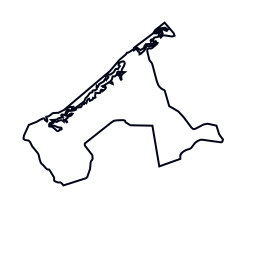 an SVG outline of Lagunes, rotated 145°
{"feature_id": "CIV-3458", "entity_name": "Lagunes", "entity_type": "Department", "adm_level": 1, "iso_a3": "CIV", "parent_name": "Ivory Coast", "parent_adm1": "", "projection": "robinson", "projection_center": [-4.434, 5.74], "detail": "fine", "context": "isolated", "style": "outline", "palette": "ink", "viewbox_px": 256, "rotation_deg": 145, "n_neighbors": 0, "source": "natural_earth", "source_scale": "10m", "svg_char_len": 5854}
<svg xmlns="http://www.w3.org/2000/svg" viewBox="0 0 256 256"><g transform="rotate(145 128 128)"><path d="M207.5,187.4L199.1,185.4L194.9,185.1L192.1,184.5L191.4,184.2L191.1,183.7L191.2,182.7L191.4,182.0L191.3,181.3L190.4,180.4L191.1,179.1L190.1,180.0L189.4,181.3L188.9,182.8L188.7,184.0L188.0,184.0L186.9,183.3L185.2,183.1L181.5,183.3L180.3,182.9L176.3,180.4L170.0,179.5L167.2,178.6L165.8,176.3L167.5,176.9L169.4,176.7L171.1,175.7L172.0,174.2L173.3,176.0L174.0,176.7L174.7,177.0L175.3,176.8L175.6,176.2L175.5,175.4L175.0,174.9L175.0,174.2L176.3,174.5L179.4,175.9L180.0,175.9L180.9,175.6L182.9,176.5L186.2,178.5L186.0,177.8L185.8,176.8L185.6,176.3L187.0,176.3L189.4,176.7L190.4,176.3L191.6,174.6L191.0,173.8L189.9,173.0L189.2,171.8L188.2,168.4L188.0,166.9L187.7,166.1L186.9,165.5L185.9,165.4L185.0,165.8L184.4,165.4L183.5,165.1L182.8,165.3L182.5,166.2L182.7,166.7L184.6,168.3L186.9,171.8L188.3,173.4L189.8,174.2L189.0,175.5L187.6,175.4L186.1,175.0L185.0,175.6L184.3,175.6L183.2,174.1L182.3,173.7L181.4,173.7L180.0,173.5L179.1,173.2L178.0,172.5L177.2,171.5L176.9,170.1L176.5,170.6L176.0,171.0L175.7,171.5L175.3,170.6L175.1,169.8L175.0,169.0L175.0,167.9L174.4,167.9L174.3,169.3L173.9,170.6L173.1,171.2L172.0,170.8L171.3,171.4L170.3,171.5L169.3,171.3L168.3,170.8L166.2,171.1L165.2,171.5L166.0,172.4L167.4,172.7L168.9,172.6L170.1,172.1L171.3,173.5L170.2,174.6L168.6,175.6L167.0,176.0L165.5,175.2L164.4,174.5L162.4,173.5L160.5,172.9L159.7,173.2L158.9,174.1L157.3,173.6L154.7,172.1L153.5,172.5L152.6,173.2L151.6,173.5L150.4,172.8L149.8,173.4L149.3,173.4L148.6,173.0L148.0,172.1L145.5,174.0L144.3,174.5L143.0,174.2L143.2,173.7L143.4,172.5L143.6,172.1L141.3,171.6L140.3,171.8L139.3,172.8L138.6,172.1L137.8,171.7L137.1,171.7L136.5,173.3L135.1,174.6L134.4,175.6L133.8,174.9L132.7,173.9L131.5,173.1L130.7,172.8L129.8,173.4L128.8,174.4L127.9,174.7L127.0,173.5L127.3,173.3L127.5,173.2L127.7,172.8L124.3,173.0L123.0,173.7L122.7,175.6L123.5,175.1L124.3,175.3L124.9,175.9L125.2,177.0L123.5,176.6L117.1,176.3L116.8,175.3L116.3,174.4L115.3,172.8L114.8,173.8L114.8,174.6L115.1,175.2L115.9,175.6L115.9,176.3L114.3,176.6L113.0,177.3L111.0,179.1L109.3,177.9L107.4,178.0L105.7,178.9L104.8,179.8L104.2,179.8L103.6,179.5L102.8,179.0L102.1,178.3L101.8,177.7L102.8,177.2L103.7,177.3L104.7,177.6L106.0,177.7L105.8,176.7L105.5,176.1L105.0,175.8L104.2,175.6L104.2,174.9L105.1,174.4L105.7,173.7L106.0,172.7L106.0,171.5L105.4,171.5L104.3,173.8L102.8,175.1L100.9,175.5L98.6,175.6L101.1,177.7L99.3,179.5L95.9,181.1L93.7,182.6L93.2,184.1L93.3,185.0L94.1,185.6L95.6,186.1L97.2,186.2L98.8,185.9L99.7,185.1L99.2,184.0L99.2,183.3L101.5,182.6L102.6,181.9L103.0,182.4L103.5,183.0L104.2,183.3L105.3,183.0L107.1,182.1L108.5,181.9L111.3,181.9L112.2,182.1L112.7,182.5L113.1,183.0L113.4,183.3L114.8,183.5L115.7,183.3L117.8,182.6L116.8,182.7L115.8,182.6L114.9,182.1L114.7,181.2L115.2,180.7L118.3,179.8L118.3,181.2L119.0,181.2L121.0,180.1L126.3,180.5L128.9,179.1L129.3,180.6L130.0,180.0L130.7,178.6L131.3,177.7L133.0,177.8L134.4,178.5L135.6,178.9L136.8,177.7L138.5,178.5L140.3,178.2L142.1,177.4L145.8,176.7L148.1,175.2L149.5,174.9L160.6,174.5L163.4,175.6L162.5,176.1L161.6,176.3L160.7,176.3L159.7,176.3L166.4,179.8L138.3,182.4L110.2,185.0L95.4,188.8L87.3,189.5L85.7,190.3L84.8,189.7L83.7,189.5L78.9,189.4L77.7,189.5L77.7,188.9L78.0,188.9L78.6,188.9L78.9,188.9L78.9,188.2L76.3,188.3L75.7,187.1L75.8,185.2L75.2,183.3L76.3,181.7L75.2,181.4L70.3,182.1L68.7,182.7L67.2,183.6L66.0,184.7L64.5,183.3L61.9,181.8L58.9,181.1L56.2,181.9L55.8,181.5L55.2,180.9L55.0,180.7L55.9,180.2L61.5,179.7L62.7,179.7L63.6,179.9L64.8,181.0L65.9,181.4L66.5,181.4L67.0,181.2L67.4,180.9L67.7,180.5L68.2,179.8L71.3,172.0L71.4,171.4L71.5,170.8L71.3,168.4L71.3,167.6L71.4,166.9L71.7,165.8L77.4,150.3L78.4,146.6L78.6,145.2L78.6,143.9L78.2,141.8L78.1,141.2L77.3,139.5L76.8,138.6L76.6,138.2L76.5,137.7L76.7,136.8L81.7,122.3L77.3,112.8L76.2,104.9L75.8,92.3L75.4,90.2L74.5,89.2L73.1,88.7L63.9,87.5L60.3,85.8L54.2,79.2L56.8,71.0L57.0,68.3L56.9,67.6L56.8,64.1L58.3,62.9L58.7,62.7L59.3,62.7L60.1,63.0L73.9,75.8L75.5,76.8L78.5,77.4L80.9,77.4L81.8,77.3L87.3,75.5L88.0,75.4L89.3,75.5L90.7,75.9L91.1,76.1L91.9,76.3L92.4,76.4L93.2,76.7L96.1,76.9L98.7,76.7L100.7,75.7L102.9,72.7L124.4,78.6L106.7,115.9L124.5,128.9L126.7,134.1L126.3,135.7L127.1,136.9L128.6,138.0L132.8,140.7L135.4,142.0L138.3,142.1L172.2,140.1L173.1,139.0L173.3,138.3L173.4,137.6L172.8,126.2L174.6,123.1L175.9,122.4L176.7,122.3L177.7,121.8L178.8,120.7L182.6,116.2L189.2,111.4L190.0,111.1L190.7,110.9L191.3,111.0L213.8,118.0L213.8,118.7L214.1,121.2L214.7,122.3L215.7,122.9L216.9,123.9L218.2,125.9L218.6,126.7L218.6,127.2L218.2,128.1L217.2,129.4L216.9,130.1L216.4,138.2L216.5,139.2L216.9,139.6L217.3,139.9L217.7,140.2L217.9,140.6L218.1,141.0L218.3,141.9L218.8,146.5L219.0,147.3L219.2,147.7L219.3,148.2L219.3,149.0L219.2,150.1L218.4,152.8L216.7,157.0L216.4,158.2L216.4,160.6L217.0,167.9L216.3,172.4L216.3,173.0L216.4,173.6L216.5,174.1L216.6,174.6L216.9,175.0L217.2,175.3L218.9,176.9L219.2,177.3L219.4,177.7L219.6,178.2L219.7,178.7L219.8,179.2L217.5,181.5L207.5,187.4L207.5,187.4ZM46.9,184.0L47.6,183.6L48.1,183.5L49.3,183.3L49.3,184.0L48.7,184.9L46.5,186.1L45.7,186.8L45.7,184.7L44.4,189.0L43.8,190.3L40.7,185.4L40.1,185.4L40.0,185.7L40.1,186.8L38.9,186.1L40.2,189.0L43.9,190.8L48.3,191.4L51.8,190.3L50.4,189.1L48.9,189.1L47.3,189.4L45.7,188.9L45.7,188.2L46.6,188.3L47.3,188.2L48.0,187.9L48.7,187.5L49.1,187.0L50.3,185.7L50.6,185.4L52.0,185.7L53.5,186.6L54.9,187.0L56.2,186.1L57.3,186.8L58.3,187.1L59.3,186.7L59.8,185.4L58.2,185.6L57.5,184.8L56.9,183.7L55.5,183.3L55.5,182.6L56.8,183.3L59.8,182.8L65.2,186.4L67.5,185.7L68.8,184.6L70.0,184.4L73.1,184.7L73.5,185.5L74.0,187.3L74.7,189.1L75.9,190.3L53.1,191.1L49.6,192.6L37.6,193.3L36.2,179.6L36.9,176.9L38.0,177.1L39.0,177.5L39.8,178.0L44.5,182.5L45.5,183.3L46.8,183.9L46.9,184.0Z" fill="none" stroke="#020617" stroke-width="2"/></g></svg>